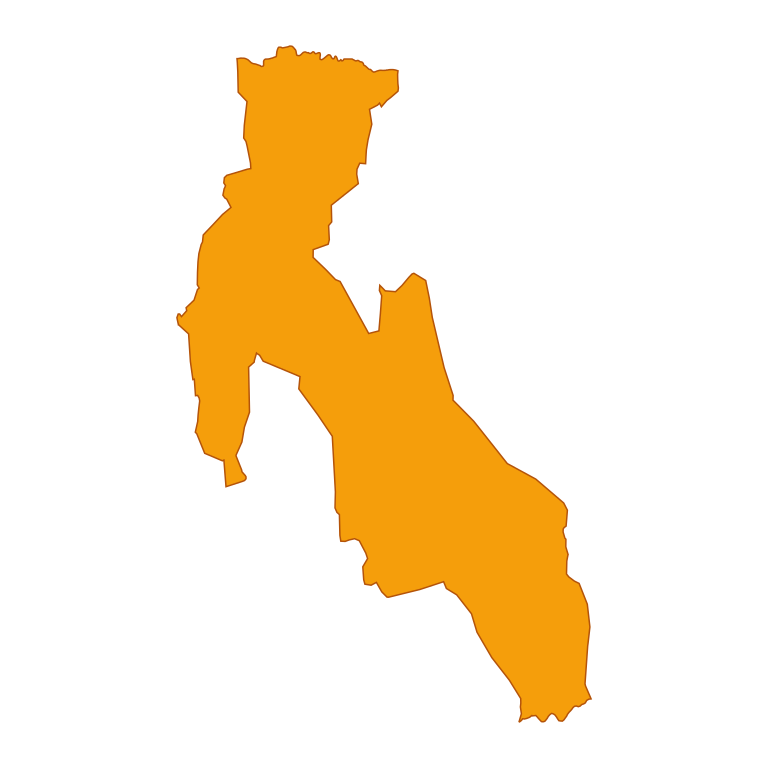 the district of Al Mahwit, Al Mahwit, Yemen
{"feature_id": "15242507B12276215757938", "entity_name": "Al Mahwit", "entity_type": "district", "adm_level": 2, "iso_a3": "YEM", "parent_name": "Yemen", "parent_adm1": "Al Mahwit", "projection": "equal_earth", "projection_center": [43.551, 15.411], "detail": "fine", "context": "isolated", "style": "filled", "palette": "amber", "viewbox_px": 768, "rotation_deg": 0, "n_neighbors": 0, "source": "geoboundaries", "source_scale": "gbopen_adm2", "svg_char_len": 5409}
<svg xmlns="http://www.w3.org/2000/svg" viewBox="0 0 768 768"><path d="M237.0,58.6L237.0,59.1L237.1,59.9L237.3,62.4L237.8,71.9L238.2,92.2L247.0,101.5L244.3,125.3L243.7,138.0L246.0,141.5L247.1,146.0L250.0,160.5L250.5,163.1L250.8,168.6L247.3,169.2L228.6,174.8L226.8,175.3L225.4,176.7L224.4,177.6L223.8,182.9L225.5,185.6L224.8,187.6L224.2,188.6L222.9,195.2L224.9,198.0L226.7,199.1L231.0,207.4L222.5,214.5L213.0,224.7L206.2,231.8L203.3,234.9L203.2,235.3L202.5,242.0L201.2,244.5L198.9,253.5L198.0,261.7L197.5,272.5L197.3,284.8L199.2,288.0L197.5,289.5L194.6,298.4L194.0,300.2L186.1,307.7L186.7,310.7L181.5,316.6L179.6,314.0L178.2,314.0L176.9,317.7L178.3,324.3L178.4,324.2L178.5,324.7L188.6,333.9L190.4,361.6L192.9,379.6L194.3,379.2L195.5,395.7L197.6,395.4L199.1,397.9L199.7,400.9L198.8,408.2L198.1,415.0L197.7,421.5L195.3,432.2L195.5,432.4L196.8,433.8L204.7,453.3L222.4,460.8L223.9,460.1L226.0,486.7L242.4,481.4L244.6,480.5L246.0,478.8L246.0,476.8L245.3,475.6L241.9,471.7L241.7,470.1L236.0,455.8L236.2,454.9L236.5,454.1L241.9,442.0L244.4,427.2L249.5,412.2L248.6,367.1L254.2,362.1L254.4,360.4L256.5,353.1L256.9,353.5L259.6,355.2L263.2,361.2L300.0,376.6L298.8,388.9L318.0,415.1L332.3,436.3L335.4,491.9L335.0,507.9L336.0,510.2L336.5,511.3L336.9,512.3L339.4,514.6L339.9,535.4L340.8,541.2L345.2,541.4L349.3,539.9L354.6,538.7L359.3,540.7L365.8,553.1L367.6,558.6L362.8,566.8L363.7,579.7L364.9,584.2L371.1,585.2L376.4,582.4L381.8,591.9L387.0,597.1L388.6,597.2L395.5,595.5L400.3,594.3L419.8,589.5L443.6,581.7L446.4,588.5L456.7,594.8L471.5,613.8L477.0,632.2L491.8,657.6L509.3,680.1L520.7,698.5L520.8,702.0L520.8,703.4L520.4,706.9L521.4,713.8L519.1,721.6L519.5,721.9L520.1,721.5L521.5,720.4L522.6,718.8L524.4,719.0L526.8,718.4L529.6,717.3L531.9,715.5L532.3,715.9L534.0,715.7L535.8,715.5L537.1,716.8L538.5,718.5L539.9,720.0L541.4,721.6L543.1,721.8L544.8,721.3L546.1,719.8L547.3,718.2L548.3,716.4L550.0,714.5L551.6,713.4L552.0,713.5L553.4,713.9L555.0,715.0L556.5,717.0L557.7,719.0L558.9,720.7L560.7,721.0L562.4,721.1L564.0,719.8L565.4,717.8L566.6,716.2L567.5,714.3L569.2,712.1L570.6,710.7L571.9,709.2L573.0,707.6L574.5,706.3L576.3,706.0L578.3,706.7L580.1,706.1L581.8,704.5L583.7,703.9L585.3,702.9L586.7,700.4L589.0,699.1L590.5,699.0L591.1,698.9L588.6,693.1L585.5,685.9L585.3,684.8L585.0,684.0L587.7,645.7L588.0,643.6L589.9,627.0L587.3,604.2L579.1,583.4L574.4,581.1L568.8,576.9L566.5,574.0L566.8,561.0L567.9,555.2L568.1,554.6L566.0,547.5L565.8,546.6L565.9,539.2L564.9,538.2L563.1,532.0L563.2,529.0L564.1,527.6L566.1,526.1L566.7,518.9L567.4,510.2L563.7,503.0L535.8,479.1L507.3,463.6L478.8,427.6L473.7,421.2L455.6,402.8L453.0,400.2L453.1,395.4L444.1,367.6L435.2,329.8L432.3,317.5L429.3,298.1L425.7,280.5L413.9,273.3L412.0,274.0L408.8,277.4L402.0,285.5L395.5,291.7L385.8,290.9L385.3,290.9L382.3,287.8L379.8,285.3L379.4,290.5L381.7,295.7L380.4,313.5L378.9,330.9L368.7,333.5L340.1,281.5L335.5,279.6L325.6,269.4L313.1,257.4L313.2,249.6L328.2,244.2L329.3,239.7L328.6,225.6L331.7,221.9L331.3,205.2L358.3,183.6L356.7,174.2L357.0,169.2L359.7,163.2L365.6,163.7L366.1,154.2L366.4,149.7L368.0,139.9L371.8,124.2L369.5,109.3L377.6,105.1L379.5,103.1L381.4,106.8L386.9,100.4L390.7,97.5L397.9,91.3L398.0,91.1L398.4,88.0L397.9,83.8L397.7,79.3L397.6,74.3L398.0,70.8L395.4,70.0L393.0,69.6L392.7,69.6L391.3,69.6L389.2,69.7L387.2,70.1L386.8,70.0L385.9,70.3L383.8,70.4L382.3,70.4L381.1,70.3L380.4,70.3L379.2,70.4L378.3,70.7L377.1,71.0L376.2,71.4L374.8,71.9L373.7,72.1L372.9,71.7L371.9,70.9L370.9,69.8L370.3,69.4L369.5,69.4L368.9,69.2L368.2,68.6L367.5,67.9L366.5,67.0L365.7,66.2L364.9,65.7L364.1,65.4L363.6,64.6L363.3,63.5L362.7,62.7L362.0,62.1L361.1,61.9L360.8,61.8L360.2,61.8L359.3,61.2L358.6,60.6L357.9,60.5L357.2,60.5L356.6,60.8L355.8,60.9L354.9,60.6L354.0,60.0L353.1,59.6L352.4,59.2L352.1,59.0L351.1,59.0L350.0,59.0L348.7,59.0L347.0,59.0L345.7,59.0L344.4,59.0L343.8,59.2L343.3,60.2L342.7,60.7L342.2,60.8L341.9,60.9L341.4,60.3L341.2,60.0L340.8,59.7L340.2,60.3L339.6,60.8L339.0,61.0L338.8,61.0L338.3,61.0L337.8,60.4L337.5,59.6L336.9,58.0L336.4,56.9L335.8,56.3L335.3,56.2L334.7,56.9L334.4,57.7L334.1,58.4L333.7,58.8L333.0,58.8L332.4,58.5L331.9,57.9L331.7,57.7L331.3,57.1L331.1,56.5L330.6,55.7L330.2,55.2L329.6,54.9L328.5,54.8L327.7,55.2L325.2,57.3L324.0,58.3L323.0,59.0L322.0,59.6L321.2,59.7L320.0,59.1L320.0,58.2L320.0,57.0L320.3,55.6L320.3,54.3L320.1,53.4L319.7,52.8L318.9,52.7L317.7,53.0L316.7,53.5L315.5,53.7L314.9,53.4L314.3,52.4L313.6,51.9L312.7,51.9L311.9,52.6L311.1,53.2L310.3,53.5L309.9,53.4L309.3,53.4L308.6,52.7L307.7,52.7L307.0,52.7L306.2,52.3L305.5,52.0L304.7,52.0L303.3,52.4L301.9,53.7L301.1,54.5L300.3,55.2L299.3,55.6L298.2,55.6L296.9,55.3L296.8,55.1L296.5,54.0L296.2,52.5L296.0,51.2L295.7,50.4L295.5,49.9L295.3,49.6L294.9,49.2L294.7,49.2L294.5,48.6L293.6,47.7L292.5,46.5L291.5,46.2L290.6,46.1L289.7,46.1L288.7,46.5L288.0,46.8L285.6,47.3L283.1,47.8L282.6,47.9L282.1,47.8L280.9,47.2L279.6,47.2L278.8,47.2L278.2,47.8L277.7,49.0L277.3,50.0L277.1,50.9L276.8,51.9L276.7,53.3L276.5,54.5L276.4,56.0L275.9,56.8L274.9,57.0L273.3,57.6L272.3,58.1L271.3,58.2L270.2,58.6L268.3,59.0L267.9,59.0L266.9,59.1L265.6,59.1L264.7,59.5L264.0,60.3L263.6,61.3L263.6,62.2L263.6,64.0L263.6,65.4L262.9,66.3L262.1,66.3L261.5,66.5L260.7,66.2L260.2,65.6L258.9,65.2L255.8,64.1L253.1,63.6L251.3,62.8L249.6,61.2L247.9,59.7L245.6,58.6L243.9,58.2L242.3,58.2L240.9,58.1L239.6,58.3L238.5,58.5L237.7,58.6L237.0,58.6Z" fill="#f59e0b" stroke="#b45309" stroke-width="1.5"/></svg>